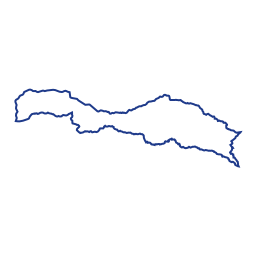 Mathioya, Central, Kenya (Albers equal-area conic projection)
{"feature_id": "3690345B56624904262086", "entity_name": "Mathioya", "entity_type": "district", "adm_level": 2, "iso_a3": "KEN", "parent_name": "Kenya", "parent_adm1": "Central", "projection": "albers", "projection_center": [36.931, -0.636], "detail": "fine", "context": "isolated", "style": "outline", "palette": "blue", "viewbox_px": 256, "rotation_deg": 0, "n_neighbors": 0, "source": "geoboundaries", "source_scale": "gbopen_adm2", "svg_char_len": 5917}
<svg xmlns="http://www.w3.org/2000/svg" viewBox="0 0 256 256"><path d="M235.4,165.0L237.8,166.2L238.7,166.4L238.5,165.9L237.8,165.3L238.1,164.2L237.7,161.7L237.2,161.4L236.3,159.9L235.4,158.9L234.7,157.7L234.1,157.3L233.5,157.5L233.4,157.1L233.5,155.9L233.3,154.8L232.9,155.0L232.3,153.8L231.7,153.6L230.9,153.9L230.5,153.4L230.5,152.8L230.1,152.4L230.3,152.0L230.7,151.7L231.9,150.0L232.2,148.7L232.1,148.2L233.0,148.0L232.5,147.2L231.2,146.2L230.8,145.1L230.5,144.9L232.2,143.7L232.4,143.2L231.9,141.9L231.3,141.2L231.6,140.8L232.5,140.4L235.3,138.1L235.8,136.6L237.5,135.7L238.1,134.5L239.4,133.2L240.3,132.6L240.6,132.1L236.7,132.7L235.5,132.3L233.6,130.6L230.8,130.2L229.8,129.5L228.9,129.4L228.5,129.0L227.9,129.0L227.2,128.4L226.6,128.3L226.3,127.7L226.2,125.7L226.4,125.3L226.9,125.1L227.0,124.5L226.6,124.2L225.5,122.8L224.9,122.6L224.0,122.9L223.5,122.7L223.1,121.7L222.6,121.6L222.2,121.3L220.4,121.2L219.4,120.6L218.9,120.6L218.5,120.9L217.9,121.0L217.5,119.8L216.4,118.8L214.7,118.7L214.6,117.4L214.0,116.5L213.4,116.5L212.7,116.8L211.0,115.7L210.4,115.5L208.2,113.8L207.1,114.1L206.2,114.8L204.9,114.1L203.9,113.9L203.5,113.4L203.4,112.2L202.4,110.8L202.2,109.6L200.0,107.9L199.0,106.1L198.3,105.5L197.3,105.5L196.3,105.1L195.9,105.2L193.7,104.2L190.3,103.2L189.2,103.6L188.6,103.5L187.6,103.0L187.2,103.3L185.9,103.3L183.0,102.0L182.5,101.4L181.6,101.0L181.2,100.7L180.9,100.2L180.4,100.0L178.8,100.3L178.1,100.1L176.5,100.0L176.0,99.8L174.9,100.0L170.5,100.0L169.9,99.5L169.4,96.7L169.1,96.0L168.6,95.7L166.4,95.6L165.9,95.1L164.9,94.8L163.9,95.1L162.9,96.4L162.5,96.7L161.1,96.9L160.6,96.6L160.0,96.6L159.5,97.0L158.7,97.9L156.1,99.0L154.5,100.8L152.9,101.0L150.9,101.5L149.1,101.6L147.3,102.7L146.5,104.0L145.0,105.0L143.7,105.1L141.9,105.8L141.5,106.2L139.4,106.3L138.8,106.5L136.6,107.7L136.1,107.7L135.0,108.8L132.9,109.3L132.6,109.7L132.2,109.8L131.8,110.2L131.4,110.4L130.4,110.3L129.4,109.9L128.8,110.2L126.8,112.6L125.8,113.1L124.9,113.0L123.8,112.6L123.3,112.9L122.3,112.5L121.8,113.0L121.2,113.0L120.6,112.6L120.2,112.6L119.8,112.9L117.5,112.5L115.6,112.3L113.7,113.2L112.5,112.9L111.8,113.1L110.8,113.7L110.1,113.7L109.6,113.4L109.0,112.2L108.5,111.9L107.5,112.0L107.1,111.7L105.8,111.2L103.8,111.3L102.8,110.8L101.1,110.4L100.6,110.4L98.6,111.5L97.5,111.3L89.8,104.7L89.4,104.5L88.8,104.5L85.3,104.8L78.4,100.4L77.0,98.9L72.0,98.0L70.8,97.6L70.3,97.2L70.2,96.6L69.6,92.2L67.8,91.8L66.4,91.1L65.5,90.8L64.2,91.1L62.6,91.9L61.6,92.0L59.5,91.7L55.3,90.1L53.1,89.8L47.1,90.5L44.8,91.1L43.5,90.7L42.5,90.7L38.0,92.1L36.8,91.8L35.5,91.0L34.0,91.1L32.9,91.0L31.7,90.1L30.5,89.7L30.0,89.6L28.9,89.8L24.2,92.0L23.4,93.9L23.0,94.3L22.7,94.7L20.3,95.6L19.6,96.3L18.3,98.5L16.1,99.8L15.5,100.6L15.4,101.2L15.5,102.2L16.6,105.0L16.2,106.6L16.0,108.2L16.1,108.7L17.5,111.7L16.2,113.7L16.0,115.8L16.7,117.7L16.7,118.2L15.8,121.1L17.6,121.3L19.9,121.3L23.0,120.7L28.0,119.0L28.9,118.5L29.9,116.4L31.5,114.5L32.0,114.1L34.5,113.5L34.9,113.8L36.0,113.3L36.7,113.3L37.4,113.9L38.0,113.7L38.5,113.8L40.2,112.8L41.7,112.5L42.9,112.6L44.4,113.4L45.8,113.5L46.8,113.3L47.9,112.6L48.9,113.2L50.1,113.5L51.6,113.7L52.0,114.0L52.9,114.3L53.3,114.2L55.4,115.9L56.5,116.4L57.4,116.5L58.6,116.0L59.1,116.3L60.1,116.5L61.6,116.3L62.0,115.8L63.2,115.0L66.1,115.5L67.0,115.2L67.6,115.0L68.9,113.9L69.5,113.8L70.5,113.2L71.0,113.1L72.0,112.5L72.1,113.1L71.9,114.4L72.4,115.4L72.3,116.6L72.1,117.1L70.9,118.3L70.9,118.8L71.3,119.8L72.3,120.6L72.4,123.0L72.6,123.4L76.0,124.3L76.9,124.9L78.0,124.9L79.1,125.9L79.3,126.5L79.1,126.9L77.2,128.7L76.9,129.4L76.9,130.2L78.9,132.1L79.5,132.5L80.1,132.6L80.3,133.0L83.1,132.4L85.1,131.2L85.9,131.6L86.9,131.3L88.1,131.5L88.5,131.8L89.0,131.8L89.4,132.0L90.2,131.3L90.7,131.2L91.2,131.3L91.4,131.7L92.2,132.3L94.9,131.7L96.3,132.1L97.6,131.7L98.4,131.0L98.7,130.5L99.4,129.8L99.7,128.8L100.1,128.4L103.2,128.4L104.0,127.3L104.1,126.6L105.1,125.8L105.8,126.5L106.5,126.5L107.8,126.5L108.9,126.0L111.1,126.5L112.1,126.1L112.5,126.5L113.5,126.9L113.4,127.3L113.6,127.7L114.6,128.9L115.6,129.2L116.6,129.7L117.2,129.7L117.8,130.6L118.6,131.3L119.1,131.3L120.1,130.8L120.5,131.2L121.9,131.5L123.4,132.3L124.4,132.4L124.8,132.2L126.8,133.0L128.4,132.6L129.0,132.7L130.5,132.6L131.8,133.6L133.4,133.9L133.9,134.3L134.5,134.0L135.0,134.2L135.6,133.9L136.2,133.9L137.1,134.2L138.4,134.1L140.0,133.6L140.8,134.1L141.4,134.2L141.9,134.1L142.3,134.2L143.4,135.1L143.7,135.6L143.9,137.9L144.9,140.4L145.9,142.1L146.2,141.7L147.2,141.7L147.5,141.9L147.6,142.8L149.6,142.6L150.2,142.8L150.9,143.7L151.3,143.8L151.4,144.3L152.2,144.6L153.3,144.5L154.0,144.9L154.3,144.6L154.8,144.9L155.0,144.5L155.6,144.4L156.0,144.1L156.4,144.4L156.9,144.4L157.8,144.1L159.0,144.0L159.6,144.1L159.9,144.5L160.4,144.2L161.0,144.3L162.2,143.8L163.4,143.7L164.6,143.1L164.9,141.8L165.4,141.3L166.0,141.5L168.5,141.7L168.9,141.3L168.9,140.7L168.5,140.3L169.8,139.4L170.5,139.3L171.2,138.9L171.4,139.4L171.7,139.6L172.1,139.1L172.4,139.5L172.9,139.6L174.3,139.4L174.8,139.7L175.0,140.4L175.5,140.6L176.1,142.5L178.0,143.5L178.0,144.0L178.4,144.4L179.0,144.5L179.5,144.1L180.1,145.6L180.0,146.1L180.3,146.5L181.6,147.4L182.2,147.4L182.7,147.0L183.2,146.9L184.5,147.9L185.1,148.0L185.7,148.2L187.9,147.7L188.9,146.8L189.4,146.9L190.1,147.5L190.5,147.6L192.8,146.7L194.0,146.8L194.9,146.5L195.9,146.9L196.3,147.3L197.4,147.5L197.8,148.2L198.5,148.3L199.0,148.2L199.4,148.5L199.5,149.2L200.0,149.5L201.7,149.4L202.1,149.7L203.9,150.4L204.6,150.4L205.7,150.0L209.0,150.8L209.7,150.6L210.7,150.8L211.9,150.6L212.7,151.0L213.6,151.2L214.1,151.5L214.2,152.0L214.8,152.1L216.2,152.9L216.7,153.8L217.1,154.0L218.5,154.3L219.7,154.3L221.3,154.7L222.1,155.4L222.1,156.2L222.4,156.7L223.6,156.4L225.0,157.1L226.8,157.5L227.9,158.0L228.3,158.3L228.5,159.3L229.0,159.5L229.3,160.7L229.7,161.1L231.4,162.1L231.9,162.1L232.2,161.8L233.2,161.9L235.1,163.5L235.1,164.5L235.4,165.0Z" fill="none" stroke="#1e3a8a" stroke-width="2"/></svg>